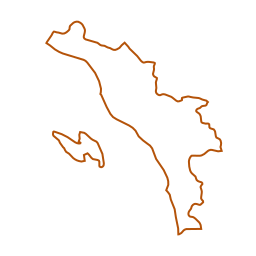 the border of Niigata, rotated 281°
{"feature_id": "JPN-1867", "entity_name": "Niigata", "entity_type": "Prefecture", "adm_level": 1, "iso_a3": "JPN", "parent_name": "Japan", "parent_adm1": "", "projection": "orthographic", "projection_center": [138.832, 37.638], "detail": "fine", "context": "isolated", "style": "outline", "palette": "amber", "viewbox_px": 256, "rotation_deg": 281, "n_neighbors": 0, "source": "natural_earth", "source_scale": "10m", "svg_char_len": 3739}
<svg xmlns="http://www.w3.org/2000/svg" viewBox="0 0 256 256"><g transform="rotate(281 128 128)"><path d="M33.2,197.7L39.0,196.4L49.6,192.0L57.2,189.3L65.9,183.7L70.5,181.7L72.5,179.6L74.2,177.4L79.9,178.4L83.5,177.6L86.7,176.1L93.5,171.1L103.0,161.5L112.6,155.6L114.9,153.0L116.5,149.6L118.7,145.1L121.8,140.1L126.8,135.9L129.1,132.5L130.7,128.5L134.4,115.1L135.9,111.2L138.5,108.0L144.6,103.0L155.4,95.4L156.1,94.4L158.0,94.5L161.4,94.0L168.4,90.7L170.3,89.3L175.8,85.2L184.4,75.6L185.8,73.5L186.4,71.6L188.7,49.8L189.6,45.8L191.2,41.3L194.2,35.6L195.8,31.7L196.9,32.0L204.5,35.3L206.7,35.9L207.8,36.4L208.5,36.9L208.5,37.8L208.4,38.7L208.3,39.8L208.4,41.5L208.1,45.3L208.5,47.1L209.3,48.3L210.3,49.4L211.4,50.3L212.6,51.2L213.7,51.7L216.1,51.5L217.3,51.7L220.7,54.2L221.5,55.1L222.0,55.9L222.6,57.3L222.8,58.9L222.2,61.1L221.5,62.5L220.6,63.7L217.6,66.1L216.5,66.8L215.2,67.2L213.3,67.3L210.0,67.1L208.8,67.2L207.6,68.0L206.9,69.5L205.8,81.8L204.2,85.0L204.0,86.3L204.2,89.3L203.5,91.6L203.2,92.7L203.0,95.2L202.2,97.7L202.0,99.0L202.2,100.5L203.2,102.2L205.1,104.4L208.0,106.0L211.1,108.4L207.9,112.7L206.2,114.4L200.4,123.3L196.5,127.8L195.6,129.3L195.2,130.5L195.4,131.5L195.7,132.2L196.2,133.1L196.6,134.3L196.9,135.8L197.2,140.6L197.0,141.8L196.2,142.1L193.8,141.6L192.8,141.7L190.9,142.3L189.8,142.4L185.8,142.2L184.4,143.0L183.7,143.8L182.6,146.8L181.7,147.0L179.1,146.7L177.9,146.7L172.7,148.2L169.5,148.3L168.0,148.9L166.9,150.2L166.4,151.4L166.2,152.4L166.4,153.4L167.1,154.4L167.7,155.4L168.0,156.7L168.0,158.1L166.9,164.3L166.4,165.6L164.0,170.2L163.6,171.8L164.0,173.1L165.1,174.9L165.6,175.6L166.3,175.6L167.0,175.3L167.8,175.3L168.3,176.0L170.0,179.9L170.4,180.9L170.5,182.0L170.4,183.4L170.4,186.1L170.9,191.5L170.8,192.7L170.1,195.6L169.8,199.7L168.7,201.5L167.6,200.9L166.7,200.8L165.6,200.6L164.8,199.9L163.8,197.0L163.4,196.3L162.7,195.7L162.1,195.3L161.5,194.9L161.1,194.3L160.4,193.1L160.1,192.7L159.4,192.0L158.3,191.6L157.3,191.9L156.7,192.9L155.9,194.8L155.3,195.6L155.1,195.9L153.4,197.1L148.3,198.7L147.6,199.2L147.2,200.3L147.1,203.5L147.5,204.9L147.6,206.2L147.1,207.0L144.2,207.8L143.5,208.6L143.3,209.6L143.0,212.4L142.4,213.1L141.3,214.1L136.7,215.8L135.5,216.6L134.8,219.2L134.3,220.4L133.1,221.4L131.0,222.3L128.8,222.5L127.0,222.4L123.4,224.3L122.3,220.9L122.5,214.6L122.3,213.2L121.5,211.7L120.7,210.8L117.0,207.8L115.1,205.4L114.5,203.9L113.2,196.9L112.9,195.7L112.7,195.5L111.2,194.7L109.8,194.3L108.2,194.1L106.6,194.2L101.8,195.5L98.2,197.1L96.8,198.1L95.7,199.3L93.2,203.5L91.0,204.7L90.0,205.4L89.3,206.7L89.0,207.9L88.7,210.6L88.1,211.4L87.1,211.7L85.6,210.9L84.6,210.6L84.0,210.5L83.4,210.7L80.9,212.1L79.6,212.6L78.1,212.8L74.2,213.0L72.9,213.2L71.9,213.9L70.6,215.6L69.4,215.9L66.7,213.9L66.3,213.3L66.2,212.6L66.5,209.9L66.4,208.8L66.2,207.9L65.6,207.1L64.9,206.4L63.5,205.6L62.3,205.4L60.9,205.3L59.8,204.8L58.4,204.1L57.2,203.7L56.0,203.6L55.2,203.7L54.6,203.9L53.9,204.3L53.3,205.0L52.9,205.8L52.9,206.7L53.0,208.7L52.6,210.0L51.9,211.4L48.8,216.1L47.6,217.1L46.6,217.8L42.9,219.1L39.9,204.5L39.0,203.0L38.0,202.1L35.1,200.4L33.4,198.4L33.2,197.7ZM105.2,82.2L108.2,82.6L112.0,81.5L114.9,81.8L114.9,86.0L114.1,87.9L110.6,93.5L109.7,95.5L108.6,99.6L107.4,101.1L97.7,107.8L88.8,111.0L87.0,111.2L86.1,111.0L85.3,110.5L84.6,109.7L84.4,108.7L84.7,107.5L85.4,107.1L89.4,106.3L90.4,105.7L90.8,104.3L90.8,99.5L91.7,97.8L94.4,94.7L95.4,93.1L93.1,89.9L87.5,91.8L86.2,88.7L86.2,86.2L86.5,84.0L87.1,82.0L88.0,80.0L91.5,75.1L92.8,71.8L94.4,70.3L96.0,69.2L96.7,68.0L100.5,64.0L102.7,62.5L106.1,56.4L106.9,55.8L107.8,55.5L109.9,55.4L110.4,55.9L110.3,57.1L109.3,64.1L107.5,70.4L103.9,78.8L103.4,80.8L103.4,82.9L103.9,84.1L104.5,84.1L105.2,82.2Z" fill="none" stroke="#b45309" stroke-width="2"/></g></svg>